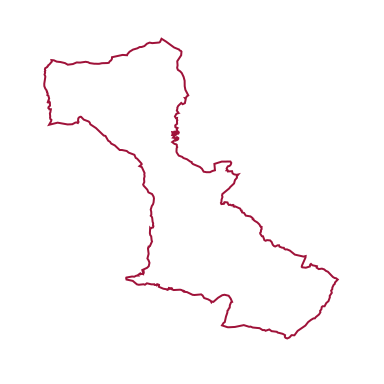 outline of Moieciu, Brasov, Romania, rotated 174°
{"feature_id": "2599482B36660136549746", "entity_name": "Moieciu", "entity_type": "district", "adm_level": 2, "iso_a3": "ROU", "parent_name": "Romania", "parent_adm1": "Brasov", "projection": "equal_earth", "projection_center": [25.317, 45.469], "detail": "fine", "context": "isolated", "style": "outline", "palette": "rose", "viewbox_px": 384, "rotation_deg": 174, "n_neighbors": 0, "source": "geoboundaries", "source_scale": "gbopen_adm2", "svg_char_len": 6013}
<svg xmlns="http://www.w3.org/2000/svg" viewBox="0 0 384 384"><g transform="rotate(174 192 192)"><path d="M206.3,347.6L208.1,344.6L209.1,344.1L216.0,344.2L218.5,345.0L221.3,344.2L224.1,342.1L226.9,341.5L229.0,341.6L231.3,340.6L235.8,339.8L239.5,338.0L241.8,335.8L242.3,334.8L246.7,335.6L257.5,334.4L257.7,332.8L258.7,331.4L260.2,330.5L261.2,329.2L262.6,329.1L268.1,329.5L271.0,329.2L275.9,329.8L280.3,330.9L281.7,331.9L284.2,332.6L289.7,332.4L293.2,332.9L297.1,331.7L302.2,331.6L304.9,333.5L309.2,335.0L312.9,335.8L315.6,337.4L318.0,337.9L317.8,336.3L320.8,333.5L321.6,333.2L322.1,332.3L322.8,331.9L322.9,331.4L325.1,330.4L325.5,329.1L325.2,328.0L325.8,327.1L325.6,325.9L326.4,324.2L325.8,322.4L325.9,321.6L327.6,315.1L327.8,312.7L327.1,310.2L326.1,308.5L326.1,307.8L325.6,307.2L325.8,306.1L325.2,305.3L325.7,303.4L324.8,302.9L324.3,299.9L326.1,296.3L325.7,296.0L324.3,296.6L324.0,295.9L324.2,292.7L325.6,291.7L326.1,290.6L325.2,289.7L325.2,289.2L323.7,289.0L324.6,285.9L325.1,285.2L325.1,282.0L325.4,280.7L325.2,279.3L324.3,278.5L324.4,278.0L324.8,277.0L327.1,273.8L318.4,275.0L308.7,272.2L304.0,271.9L300.8,273.2L299.7,273.3L298.3,272.5L297.5,273.5L297.9,274.6L297.4,277.1L296.5,278.0L295.2,278.5L294.4,278.3L292.1,275.3L287.4,272.9L286.5,271.8L286.0,269.9L280.8,265.6L273.9,257.4L272.2,256.8L270.0,251.8L268.3,250.5L267.3,248.6L263.9,246.4L259.5,241.3L257.3,241.1L252.6,239.6L250.9,237.8L245.4,235.0L244.4,231.8L243.1,230.9L239.2,225.5L239.2,224.7L241.5,223.2L239.3,222.0L237.2,215.8L237.6,214.6L237.5,212.6L238.3,210.3L238.4,206.9L239.8,204.5L239.4,203.3L236.2,199.0L235.4,196.2L231.9,194.1L230.7,191.4L230.5,189.6L231.3,185.7L232.1,183.8L233.4,182.3L234.9,178.8L234.6,176.5L234.8,173.8L235.5,172.7L234.7,171.8L234.3,170.4L234.3,166.5L233.9,165.0L234.3,162.8L233.9,162.1L234.5,160.8L235.6,160.7L237.0,159.9L237.4,160.5L238.2,155.4L238.0,153.5L237.2,152.2L237.2,148.1L236.9,147.1L239.5,142.6L240.8,142.3L240.8,141.4L241.4,141.2L241.7,140.2L241.6,135.0L243.3,130.5L242.3,128.5L241.7,126.0L242.8,122.7L244.6,121.3L249.6,119.6L249.3,118.1L248.4,118.2L248.4,116.6L249.1,116.2L249.2,115.4L250.3,115.9L251.8,115.6L252.1,116.4L254.5,115.0L254.2,114.5L256.1,114.6L258.3,113.8L260.4,114.2L266.2,113.8L266.5,113.3L266.3,111.8L260.2,109.8L256.4,105.9L254.6,105.3L249.8,105.3L248.5,104.7L246.4,105.9L242.0,104.4L238.5,104.1L239.0,103.9L238.9,103.5L237.6,103.3L236.8,103.7L236.6,103.0L235.7,103.7L234.5,103.1L234.9,101.2L230.6,98.8L227.4,97.9L226.9,97.3L226.4,97.2L226.1,97.5L226.3,97.9L225.4,98.0L225.0,99.0L224.1,98.7L224.1,98.3L223.7,98.5L222.9,98.1L222.6,98.5L222.0,98.2L222.1,97.8L223.0,97.7L220.4,96.4L214.1,96.1L212.6,95.6L211.4,94.5L211.1,94.8L210.5,94.5L210.9,94.1L210.4,93.6L207.5,93.0L202.2,89.7L200.3,89.3L193.6,89.2L192.3,88.0L191.0,85.3L187.1,83.5L184.8,81.8L184.2,80.2L183.4,80.9L182.2,80.5L177.1,84.1L172.7,86.2L170.4,86.4L166.4,85.0L164.7,82.0L163.6,78.5L164.7,78.2L166.2,75.4L166.6,73.0L167.6,72.3L168.0,71.2L169.1,70.3L169.5,68.2L171.2,64.6L173.0,59.2L174.3,58.5L176.1,56.2L170.8,53.8L169.1,53.6L163.4,53.3L154.4,54.2L149.3,52.0L147.8,52.0L145.8,50.9L139.0,49.5L136.2,47.3L134.2,47.1L133.4,46.3L129.5,47.2L127.4,45.3L122.2,44.1L121.6,43.3L116.7,41.5L114.4,39.9L114.8,38.2L114.2,37.2L112.6,36.4L110.2,37.2L108.0,39.2L105.1,38.8L101.5,42.8L93.2,47.3L90.1,50.5L87.0,52.4L84.4,53.6L83.0,53.5L82.0,54.6L78.5,56.9L76.9,58.9L77.0,60.4L75.6,61.8L75.0,64.0L74.1,64.7L72.1,64.5L70.1,67.5L67.7,69.2L65.9,72.9L65.9,74.3L63.5,77.1L63.9,79.4L62.7,80.6L62.4,82.3L60.8,84.9L59.7,85.6L59.2,87.1L56.2,89.7L57.8,91.2L59.2,91.6L60.8,92.8L65.2,98.5L67.1,99.6L68.6,101.2L70.8,102.2L74.0,102.1L76.0,103.8L75.5,105.1L80.0,106.6L81.2,108.0L82.0,107.5L82.6,105.6L86.7,104.8L90.3,105.6L90.7,106.1L90.3,107.4L86.0,114.9L85.7,116.4L87.8,116.1L96.3,119.0L100.8,123.5L103.5,125.0L105.2,125.1L106.2,125.9L106.5,126.9L108.2,127.2L110.7,128.5L111.0,129.9L112.5,130.0L115.0,129.1L116.2,129.8L117.2,131.1L118.0,133.9L119.4,135.7L122.5,136.3L123.8,135.8L125.0,136.5L126.0,140.5L127.1,140.7L128.5,143.4L128.5,144.2L127.6,145.2L127.4,146.9L126.8,147.5L126.5,149.0L127.0,149.7L126.6,150.1L127.7,150.9L128.3,152.6L130.2,154.9L132.6,156.7L133.5,157.6L133.7,158.5L134.5,158.6L134.5,159.8L136.4,161.6L141.0,162.9L142.4,165.7L144.3,166.5L144.5,168.3L145.2,168.4L145.8,170.4L150.6,173.2L151.2,172.9L152.2,173.3L152.1,174.6L152.5,174.9L154.3,174.6L155.3,175.4L156.6,175.2L157.2,175.9L157.8,177.9L160.5,178.5L161.1,178.2L161.1,177.5L161.5,176.9L164.0,176.9L164.4,178.1L163.8,178.9L163.4,181.3L162.2,183.9L162.5,185.2L162.0,186.8L154.6,191.7L153.5,192.9L149.3,196.1L148.0,199.4L145.8,201.5L145.8,202.9L144.1,204.6L145.7,204.4L148.2,205.1L149.7,206.3L150.0,208.5L154.1,208.7L154.1,209.6L155.3,209.9L154.7,210.6L155.1,211.7L154.3,213.0L153.4,213.9L152.3,213.9L151.2,214.5L150.5,215.4L149.9,216.8L150.6,218.3L159.3,219.1L166.8,217.6L166.9,211.2L169.4,210.8L172.1,209.8L175.6,210.2L178.3,211.0L179.7,214.1L181.6,216.1L188.0,219.6L189.2,220.9L189.2,221.8L190.5,222.4L193.6,225.1L197.0,226.7L198.0,227.9L201.4,229.6L203.1,233.0L203.2,234.0L202.7,237.2L202.0,238.2L202.3,238.8L202.2,240.5L202.6,241.0L204.4,241.7L206.5,243.7L203.6,245.5L202.9,245.3L202.9,244.9L201.0,245.4L200.1,246.3L200.0,247.1L201.2,248.1L202.2,247.1L205.1,248.0L203.9,249.0L204.5,249.7L204.3,250.4L205.7,250.7L205.2,251.7L205.4,253.6L202.9,252.9L203.4,250.8L202.7,250.2L199.8,252.0L199.4,251.7L198.9,252.5L199.2,253.3L201.1,253.2L202.2,252.6L203.0,253.1L203.1,253.8L200.4,253.9L200.3,255.1L200.7,256.3L199.7,257.1L201.8,258.4L201.7,260.0L199.7,261.4L199.5,264.5L199.1,264.9L199.4,266.4L199.2,267.1L200.2,267.0L201.1,268.9L199.4,271.3L197.2,271.9L197.9,272.5L197.7,273.2L198.6,274.5L197.8,276.5L197.8,277.4L196.7,279.1L193.4,281.7L192.1,280.3L189.8,281.1L188.6,284.8L189.2,286.1L188.3,285.9L187.4,287.5L185.6,288.5L187.9,294.3L188.2,298.0L187.7,303.4L188.3,307.3L189.7,311.3L191.1,313.2L193.3,315.0L193.8,317.0L193.1,319.5L193.0,323.6L188.5,329.1L187.8,332.7L188.3,333.5L189.5,334.1L189.9,335.0L194.7,337.6L202.2,344.4L206.3,347.6Z" fill="none" stroke="#9f1239" stroke-width="2"/></g></svg>